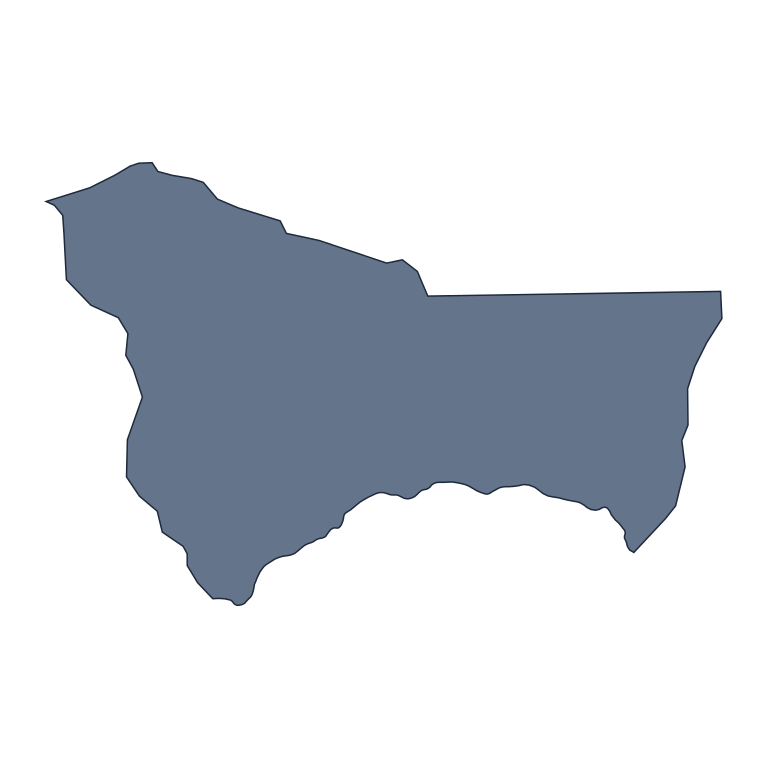 Djoukou, Kémo, Central African Republic
{"feature_id": "33826404B12088014945622", "entity_name": "Djoukou", "entity_type": "district", "adm_level": 2, "iso_a3": "CAF", "parent_name": "Central African Republic", "parent_adm1": "Kémo", "projection": "albers", "projection_center": [19.458, 5.319], "detail": "fine", "context": "isolated", "style": "filled", "palette": "slate", "viewbox_px": 768, "rotation_deg": 0, "n_neighbors": 0, "source": "geoboundaries", "source_scale": "gbopen_adm2", "svg_char_len": 2645}
<svg xmlns="http://www.w3.org/2000/svg" viewBox="0 0 768 768"><path d="M721.9,318.6L720.6,291.4L427.8,296.1L422.8,284.4L417.4,271.5L402.4,259.8L386.6,263.1L319.2,240.5L286.4,233.4L280.2,220.9L238.2,207.9L217.4,199.1L203.3,182.4L191.6,178.6L172.1,175.3L157.9,171.5L152.1,162.7L138.8,163.2L130.1,166.1L114.7,175.3L89.7,187.8L46.1,201.5L54.4,205.3L62.7,215.3L63.9,232.4L66.4,279.7L90.9,305.2L118.3,317.7L127.9,333.6L125.8,355.3L133.3,369.1L142.4,397.1L127.4,439.7L126.5,476.9L139.4,496.1L157.3,511.2L162.3,532.1L183.1,546.3L187.2,553.8L187.2,565.5L197.6,582.7L212.8,598.7L218.9,598.4L224.9,598.8L230.5,600.1L232.1,601.2L233.6,603.1L234.9,604.4L237.1,605.3L239.5,605.2L241.9,604.6L244.5,603.4L246.2,601.4L248.4,599.1L250.7,596.9L251.7,595.2L252.6,593.1L253.5,590.0L254.1,586.5L254.4,584.4L255.6,581.8L256.9,578.2L258.7,574.5L259.8,572.2L262.3,568.6L263.9,566.6L266.1,564.6L268.2,563.3L274.8,559.1L278.1,557.7L281.8,556.5L284.6,556.0L289.0,555.4L292.1,554.5L294.8,553.3L298.0,550.8L301.3,548.0L304.5,545.4L307.9,543.7L311.3,542.6L313.9,541.4L316.0,539.8L319.0,538.6L321.9,538.1L324.6,537.1L325.7,536.3L327.4,533.8L329.3,531.3L330.8,529.5L332.6,528.4L334.1,527.9L335.7,527.9L337.1,528.1L338.4,527.9L340.0,526.7L341.1,525.1L341.5,524.4L342.8,521.2L343.5,518.1L343.9,515.4L345.1,513.4L347.4,511.8L350.8,509.7L355.7,505.6L360.4,501.8L363.9,499.7L368.2,497.2L372.1,495.4L375.6,493.7L379.2,492.6L383.5,492.6L386.7,493.5L390.5,494.8L393.7,495.0L395.9,494.9L397.7,495.2L399.6,496.0L402.1,497.3L404.3,498.3L406.3,498.7L408.5,498.8L411.8,497.9L414.6,496.6L416.8,494.7L418.9,492.6L421.1,490.7L423.4,489.8L426.2,489.3L428.1,488.5L429.9,487.2L431.6,485.0L433.9,483.4L436.5,482.5L439.7,482.3L444.2,482.3L448.3,482.1L452.3,482.0L456.3,482.6L459.7,483.2L465.3,484.6L468.9,486.1L473.4,488.7L476.9,490.8L480.1,492.2L485.1,493.9L487.3,494.1L489.7,493.4L491.9,491.9L495.7,489.8L499.4,487.8L502.3,487.0L505.2,486.7L508.5,486.7L513.5,486.4L518.0,485.8L523.8,484.5L529.1,485.1L534.8,487.3L540.4,491.4L542.8,493.4L547.9,495.9L552.2,496.8L555.3,497.3L558.8,497.8L562.6,498.9L566.7,499.9L572.4,501.0L577.5,501.9L580.6,503.0L584.2,505.2L586.9,507.4L590.9,509.5L595.5,510.2L599.3,509.4L602.2,507.7L604.8,507.1L607.3,508.0L609.7,511.2L611.4,514.9L615.2,519.8L618.8,523.1L621.6,526.5L622.5,527.8L623.1,528.5L624.7,530.4L624.9,531.2L625.2,532.4L625.2,533.6L624.9,534.7L624.6,535.7L624.4,537.1L624.6,538.4L625.2,539.6L625.8,540.9L626.5,542.8L626.9,544.5L627.3,546.0L628.4,548.1L629.7,550.1L632.3,551.5L633.8,552.5L665.4,518.7L675.6,505.9L685.1,466.9L681.8,440.5L688.0,425.1L687.6,388.7L694.9,366.3L706.6,342.8L721.9,318.6Z" fill="#64748b" stroke="#1e293b" stroke-width="1.5"/></svg>